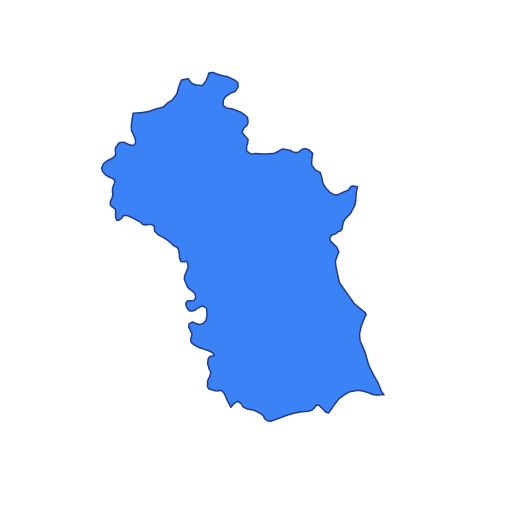 the district of Lyakhavichy, Brest, Belarus, rotated 298°
{"feature_id": "67162791B80813457147779", "entity_name": "Lyakhavichy", "entity_type": "district", "adm_level": 2, "iso_a3": "BLR", "parent_name": "Belarus", "parent_adm1": "Brest", "projection": "albers", "projection_center": [26.164, 52.904], "detail": "fine", "context": "isolated", "style": "filled", "palette": "blue", "viewbox_px": 512, "rotation_deg": 298, "n_neighbors": 0, "source": "geoboundaries", "source_scale": "gbopen_adm2", "svg_char_len": 3746}
<svg xmlns="http://www.w3.org/2000/svg" viewBox="0 0 512 512"><g transform="rotate(298 256 256)"><path d="M364.7,313.3L363.7,309.3L361.8,307.1L357.7,306.7L353.2,303.0L348.7,299.7L346.8,296.7L346.8,291.5L348.7,285.9L351.6,281.0L356.5,276.9L359.8,273.6L359.8,268.0L362.4,262.4L368.0,259.7L373.2,257.9L374.6,253.0L373.9,248.9L372.0,246.7L367.2,244.5L365.3,240.8L365.3,236.3L363.0,229.2L355.2,224.0L349.9,215.5L346.2,207.3L343.6,204.0L344.3,198.4L348.4,196.2L351.4,195.8L355.1,194.3L357.3,188.7L358.7,185.4L363.2,185.3L367.7,186.8L370.6,186.1L374.3,183.4L375.1,180.5L375.8,175.3L375.4,171.2L374.6,165.2L372.8,160.8L373.5,156.3L377.9,154.1L382.0,154.1L387.6,157.0L391.0,160.0L393.6,160.7L397.3,160.7L400.6,158.4L401.3,154.4L400.9,146.2L399.4,141.7L398.3,135.8L397.9,131.7L395.3,128.4L391.9,129.2L386.7,129.6L381.2,128.5L378.5,121.8L378.5,117.4L380.7,112.9L376.6,107.7L374.7,107.7L374.0,107.7L368.5,108.5L362.2,110.0L354.4,108.9L350.3,106.4L344.0,104.2L338.8,98.6L333.6,93.8L329.5,88.6L324.3,80.5L320.4,81.8L313.1,84.5L308.2,87.2L306.2,90.1L303.2,93.7L301.0,95.8L298.9,96.5L296.8,96.5L295.5,94.7L294.8,91.9L294.6,89.0L294.6,86.6L292.9,83.4L291.2,81.8L285.4,81.2L283.5,82.0L280.0,84.2L278.4,84.6L276.2,83.9L274.5,82.9L271.9,81.0L269.8,79.7L266.0,78.1L261.1,78.4L258.7,80.8L257.7,83.0L256.9,85.6L256.8,89.4L257.1,93.2L256.5,95.8L254.5,96.8L250.7,97.1L246.7,98.3L242.9,100.8L239.7,101.7L235.8,101.9L233.0,103.1L232.0,105.2L231.7,107.3L231.2,110.0L229.0,111.6L226.4,112.6L223.8,114.3L222.2,116.5L223.3,118.2L226.4,119.7L229.7,120.1L231.4,123.9L231.7,131.3L231.7,137.8L230.7,141.2L231.6,144.1L233.3,146.0L234.8,149.3L234.7,152.1L232.5,153.5L230.4,154.7L228.8,160.0L228.9,165.1L228.4,170.9L227.5,175.2L226.6,177.7L226.5,180.5L226.4,183.0L223.9,185.8L221.6,187.5L218.3,189.3L215.9,192.3L217.1,195.4L218.4,196.5L218.4,198.4L216.6,199.5L215.7,200.7L213.4,201.5L210.4,201.8L204.5,202.4L201.8,203.7L198.7,207.3L196.4,210.2L195.7,212.4L195.3,215.4L194.4,218.9L192.8,221.2L191.4,222.1L189.7,222.4L187.9,222.2L186.9,221.5L186.0,219.8L185.5,218.9L184.2,216.6L182.1,216.2L180.4,216.6L179.0,218.1L177.7,219.6L176.5,222.1L176.3,223.2L177.9,226.1L179.3,227.4L181.3,228.5L183.3,229.5L186.6,231.8L186.9,236.6L181.8,240.1L178.1,241.4L175.4,242.0L171.3,240.9L168.8,238.1L168.1,233.9L167.9,230.8L164.7,228.8L161.7,229.9L158.7,234.0L157.5,235.9L155.7,236.5L153.0,237.1L151.4,237.6L150.5,238.2L148.9,240.4L148.7,242.2L148.4,244.7L148.4,247.0L148.5,250.2L149.3,252.3L149.6,255.6L150.0,257.5L150.2,262.0L150.2,263.8L148.3,265.6L146.6,263.5L144.6,262.1L142.6,262.1L138.6,263.6L136.0,266.0L133.9,268.1L132.4,270.6L128.0,271.7L125.8,271.7L122.6,272.0L119.9,273.5L117.9,274.4L116.5,276.7L117.8,283.1L118.9,285.4L121.0,288.4L120.4,291.0L118.9,293.7L115.9,297.3L110.7,304.7L111.3,305.1L114.2,305.3L119.1,307.9L118.8,312.0L116.8,315.3L116.7,319.9L118.9,326.5L119.1,331.9L119.0,335.1L118.2,337.8L116.6,339.7L115.9,343.1L116.7,346.3L119.9,349.2L123.3,352.2L129.0,357.3L134.2,362.4L138.9,368.1L143.7,375.2L146.3,377.8L149.8,379.0L152.2,379.0L153.9,381.6L153.0,384.1L151.9,388.2L150.9,390.8L151.5,393.8L160.6,394.9L168.8,396.2L174.5,398.9L180.0,402.4L184.8,408.4L186.7,412.9L188.1,419.4L188.4,423.7L189.8,427.8L193.6,433.9L195.5,430.1L201.2,423.4L206.1,415.7L209.3,411.1L212.8,406.5L221.6,398.1L226.2,392.5L230.1,387.6L235.7,384.0L243.4,381.9L251.5,380.9L256.0,380.7L257.2,379.1L258.6,371.7L260.0,365.4L263.1,359.1L266.3,352.8L271.6,342.2L278.9,335.9L284.9,331.0L288.8,328.5L293.0,327.8L298.6,327.1L301.7,323.2L303.1,318.3L304.5,314.1L306.6,312.7L310.1,313.0L312.9,315.8L316.1,317.2L318.0,318.9L320.5,319.2L323.3,318.3L326.3,317.3L330.6,317.2L334.6,318.5L337.8,319.5L347.5,319.4L351.6,318.1L356.0,316.0L362.0,313.8L364.7,313.3Z" fill="#3b82f6" stroke="#1e3a8a" stroke-width="1.5"/></g></svg>